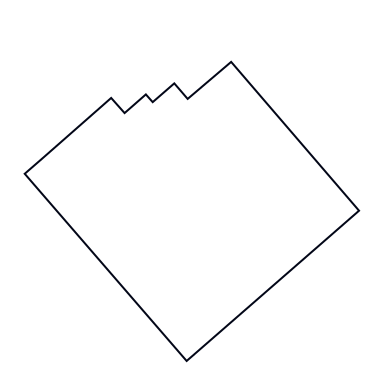 Hancock, Ohio, United States of America, rotated 229°
{"feature_id": "52423323B63270252094254", "entity_name": "Hancock", "entity_type": "district", "adm_level": 2, "iso_a3": "USA", "parent_name": "United States of America", "parent_adm1": "Ohio", "projection": "robinson", "projection_center": [-83.556, 40.993], "detail": "fine", "context": "isolated", "style": "outline", "palette": "ink", "viewbox_px": 384, "rotation_deg": 229, "n_neighbors": 0, "source": "geoboundaries", "source_scale": "gbopen_adm2", "svg_char_len": 316}
<svg xmlns="http://www.w3.org/2000/svg" viewBox="0 0 384 384"><g transform="rotate(229 192 192)"><path d="M315.5,77.7L68.0,77.1L68.2,239.7L68.3,305.8L264.5,306.9L265.1,249.8L285.6,249.9L285.6,221.3L295.9,221.2L295.8,192.9L316.0,192.7L315.5,101.8L315.5,77.7Z" fill="none" stroke="#020617" stroke-width="2"/></g></svg>